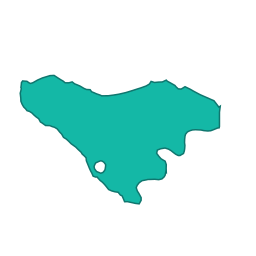 Goranboy District, Goranboy, Azerbaijan (Equal Earth projection), rotated 73°
{"feature_id": "54616110B75141866412524", "entity_name": "Goranboy District", "entity_type": "district", "adm_level": 2, "iso_a3": "AZE", "parent_name": "Azerbaijan", "parent_adm1": "Goranboy", "projection": "equal_earth", "projection_center": [46.678, 40.575], "detail": "fine", "context": "isolated", "style": "filled", "palette": "teal", "viewbox_px": 256, "rotation_deg": 73, "n_neighbors": 0, "source": "geoboundaries", "source_scale": "gbopen_adm2", "svg_char_len": 2462}
<svg xmlns="http://www.w3.org/2000/svg" viewBox="0 0 256 256"><g transform="rotate(73 128 128)"><path d="M154.5,40.8L153.3,40.1L139.6,35.9L134.1,33.4L134.6,35.0L127.1,37.8L117.2,49.3L112.1,54.4L109.2,57.1L105.2,61.4L106.3,65.7L105.3,68.5L102.7,70.0L101.0,70.7L96.9,74.6L94.8,76.7L93.4,77.4L94.0,81.7L93.0,85.5L92.2,89.4L90.5,91.8L90.2,92.3L92.2,94.6L93.1,98.3L93.4,104.0L93.4,106.3L93.5,112.4L93.5,119.6L93.0,126.8L92.3,132.0L91.4,137.4L89.5,143.9L88.8,144.5L87.3,146.5L86.0,148.3L84.5,150.0L82.7,152.2L80.3,153.0L79.0,156.5L77.2,158.6L76.4,159.3L73.8,161.7L71.7,164.2L70.1,166.2L67.6,167.9L67.5,171.4L66.4,174.9L64.2,176.3L62.3,178.1L58.3,181.5L56.1,183.3L55.1,187.3L55.1,191.1L55.1,195.2L55.7,200.4L56.9,205.7L56.9,208.2L56.0,209.3L53.8,211.0L53.0,213.0L52.2,215.0L52.3,215.1L53.4,216.6L55.6,217.5L58.0,218.6L59.0,218.5L61.1,219.6L63.2,220.9L65.9,221.4L68.1,221.8L71.1,222.6L74.4,222.3L77.4,221.6L79.8,220.3L81.9,219.5L83.4,217.3L85.5,215.5L88.0,214.2L90.4,212.7L93.0,210.7L96.6,210.0L98.3,208.5L98.6,208.3L101.5,206.1L102.9,202.0L104.5,200.1L105.8,198.1L108.1,196.0L111.9,194.5L114.5,193.2L118.1,192.4L120.6,190.2L123.3,188.6L126.4,187.0L128.9,185.1L131.0,183.5L133.9,182.0L137.5,179.9L139.6,179.4L141.5,178.2L144.2,176.8L147.2,177.4L150.4,177.1L155.0,176.7L158.1,176.3L160.5,175.8L163.9,175.4L165.5,173.2L165.7,172.0L170.0,170.0L172.4,168.3L175.2,166.9L177.6,165.9L181.2,164.5L183.3,162.1L185.1,159.3L186.6,156.2L189.9,154.9L191.1,153.5L194.3,153.1L197.5,152.8L198.3,150.0L200.2,146.6L202.3,142.9L203.8,139.5L201.0,136.6L198.4,135.8L193.5,136.8L191.1,137.5L187.5,137.6L185.5,136.0L183.6,133.3L182.5,130.0L183.0,124.9L183.0,124.2L184.0,120.6L184.8,117.5L186.4,113.7L186.6,110.4L185.3,107.7L184.0,106.3L180.4,104.4L181.1,104.2L177.7,103.3L174.2,102.1L170.6,102.2L167.1,105.4L164.3,106.7L160.6,108.0L157.7,106.4L157.4,102.8L158.0,98.4L160.1,95.4L162.3,93.4L165.1,91.5L167.1,90.0L169.0,88.0L169.5,86.3L168.6,82.4L166.5,80.9L164.5,79.9L161.4,78.7L158.5,78.2L155.6,77.2L152.5,75.9L150.7,74.7L149.1,72.3L148.7,69.7L148.7,69.4L148.7,66.9L149.4,63.9L150.6,60.6L151.3,58.7L152.7,56.2L154.2,52.5L154.8,49.6L154.6,46.6L154.2,42.2L154.5,40.8ZM156.5,160.1L158.2,160.7L161.1,162.1L162.2,163.4L163.2,165.0L163.3,167.3L161.9,168.9L161.4,169.6L160.4,170.8L157.4,171.9L155.1,171.8L153.3,170.5L151.9,169.0L151.7,167.5L151.5,165.9L151.4,164.9L151.4,163.8L151.5,163.4L152.3,162.2L153.8,161.0L156.4,160.1L156.5,160.1Z" fill="#14b8a6" stroke="#0f766e" stroke-width="1.5"/></g></svg>